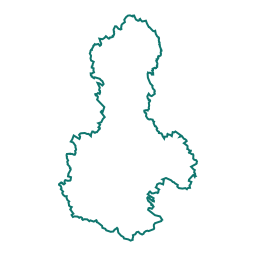 Carrickmacross-Castleblayney Lea-6, Monaghan, Ireland (Albers equal-area conic projection)
{"feature_id": "5873133B57447435904726", "entity_name": "Carrickmacross-Castleblayney Lea-6", "entity_type": "district", "adm_level": 2, "iso_a3": "IRL", "parent_name": "Ireland", "parent_adm1": "Monaghan", "projection": "albers", "projection_center": [-6.701, 54.051], "detail": "fine", "context": "isolated", "style": "outline", "palette": "teal", "viewbox_px": 256, "rotation_deg": 0, "n_neighbors": 0, "source": "geoboundaries", "source_scale": "gbopen_adm2", "svg_char_len": 5777}
<svg xmlns="http://www.w3.org/2000/svg" viewBox="0 0 256 256"><path d="M61.2,182.4L59.1,184.1L59.0,184.8L60.9,186.2L61.5,188.2L60.8,189.1L63.1,191.6L62.3,192.7L62.3,193.3L63.3,195.0L64.9,196.3L66.7,196.2L66.5,197.8L67.4,200.0L69.2,201.5L68.5,202.4L69.0,204.8L69.0,205.5L69.7,206.3L71.7,207.1L70.7,208.5L70.8,209.0L70.3,209.5L73.4,213.7L71.6,215.0L72.9,217.0L74.4,216.4L77.7,216.6L79.2,217.8L80.0,217.2L81.2,217.3L82.1,218.0L82.4,218.9L82.2,219.3L82.8,219.9L84.5,219.2L87.3,219.4L89.3,221.2L90.4,220.4L93.8,221.6L96.3,220.2L96.7,220.6L96.8,222.2L97.8,222.5L102.1,225.9L102.4,227.8L105.3,228.8L106.2,230.3L110.7,231.8L113.3,231.5L114.7,229.5L115.4,229.3L117.0,227.9L117.6,228.5L118.3,232.6L121.1,235.7L123.4,237.0L124.0,238.5L128.4,239.4L130.6,240.6L132.7,239.8L132.6,238.5L133.2,236.7L132.9,235.2L135.3,234.3L136.6,232.2L138.4,231.8L139.7,233.3L142.1,234.5L143.5,233.8L144.2,232.4L145.9,231.1L147.4,230.7L148.6,231.1L153.8,229.1L154.2,228.1L153.8,226.0L153.9,224.7L155.0,223.2L161.3,221.1L161.5,220.2L162.2,219.8L160.0,216.4L155.0,215.2L148.1,209.8L148.6,208.2L149.7,208.0L151.9,208.8L152.4,208.4L152.7,207.4L153.6,206.7L152.5,204.8L151.9,205.2L151.2,204.9L151.2,203.4L148.2,200.9L147.2,198.0L147.8,197.2L148.3,197.4L149.7,198.3L150.2,199.5L151.0,199.7L152.6,201.1L153.9,201.4L153.9,200.7L153.1,199.6L153.6,198.2L149.7,195.9L147.7,194.2L148.6,193.4L149.3,192.0L150.0,191.5L151.7,193.3L153.6,193.3L155.9,192.5L156.9,192.5L157.4,193.0L158.2,192.6L158.6,190.0L159.1,189.5L155.8,187.4L156.5,186.4L157.1,184.4L159.0,183.4L160.1,183.3L163.1,184.4L163.8,180.2L162.5,179.4L166.0,178.0L171.1,180.3L172.8,182.0L174.1,182.3L174.8,183.2L177.8,185.0L177.3,186.6L178.9,188.1L182.5,188.6L185.3,188.1L186.9,189.2L187.4,188.4L188.4,187.9L190.0,187.8L189.5,185.4L190.5,184.3L191.4,181.9L188.8,180.9L189.0,179.6L193.1,175.1L193.6,175.0L194.7,176.7L194.9,176.1L195.6,176.0L194.9,175.0L195.2,174.2L195.0,173.4L194.2,172.6L194.4,171.0L194.8,170.1L193.5,169.3L191.1,166.7L196.4,163.8L196.7,163.3L196.6,162.5L197.0,161.5L196.2,160.2L194.3,159.8L193.2,158.6L193.4,155.2L193.1,154.3L191.7,154.1L189.4,152.7L188.3,152.9L190.7,151.2L190.8,150.7L189.4,150.6L188.2,149.2L187.3,149.0L187.6,146.8L187.4,145.8L183.9,143.2L186.7,141.1L186.4,140.3L185.3,139.3L183.8,138.7L181.9,136.1L179.9,136.7L180.9,135.4L175.4,131.5L174.2,132.4L172.7,132.1L171.8,136.1L170.1,134.8L168.4,134.6L167.6,133.9L167.3,134.2L167.5,134.9L167.0,136.6L164.4,136.7L164.1,137.3L164.4,137.7L164.2,138.5L162.6,136.1L162.1,134.4L161.4,133.4L158.9,133.0L158.9,131.7L157.6,131.1L156.7,129.7L156.6,129.2L157.2,128.4L155.7,126.2L154.9,126.2L153.6,123.1L154.1,121.7L153.2,121.4L152.7,119.7L150.2,119.2L149.2,119.5L147.7,118.7L146.0,116.1L146.3,114.5L146.2,113.5L145.5,112.7L144.8,112.6L144.3,111.5L144.3,110.6L146.2,110.1L147.7,110.5L147.8,109.9L148.8,109.3L149.0,108.7L148.7,107.7L149.2,105.4L148.8,102.9L150.1,101.0L150.1,100.5L149.7,99.9L148.7,100.1L148.5,99.0L147.8,98.5L147.3,96.4L148.7,93.7L150.2,95.6L151.7,96.1L154.8,93.8L154.3,92.1L154.8,91.4L154.6,90.3L153.0,88.7L152.4,87.4L152.3,86.5L152.6,85.8L150.3,83.5L147.9,77.7L147.6,73.8L148.0,72.7L148.3,73.0L149.8,72.7L150.9,73.0L151.8,74.6L153.2,74.6L153.1,72.7L152.1,70.5L153.0,70.2L153.1,69.5L152.7,68.7L154.6,67.8L155.4,68.3L156.1,68.1L156.2,67.6L157.1,67.0L156.9,66.0L157.2,65.8L156.9,65.3L157.4,64.2L157.4,63.3L156.6,61.7L156.9,60.9L156.5,60.7L156.9,60.3L156.6,60.0L156.8,59.6L156.7,59.2L157.8,59.0L158.3,58.2L157.9,57.1L158.4,56.1L159.1,56.4L160.7,55.4L161.0,53.8L160.6,52.8L160.9,51.7L160.9,50.7L161.5,50.6L161.3,49.8L160.9,49.8L160.8,48.7L159.8,46.2L159.9,45.6L159.3,44.6L159.7,44.3L159.4,43.3L159.6,42.9L159.1,42.2L159.3,42.0L158.8,40.7L158.9,39.4L158.6,38.1L158.9,38.1L158.8,37.5L157.2,36.4L155.8,33.9L155.2,30.8L154.2,31.3L152.9,30.9L149.4,27.1L148.8,27.1L146.9,23.4L145.9,20.7L142.2,21.5L140.6,19.9L140.1,18.9L139.5,19.3L139.2,20.4L138.1,20.8L135.9,19.5L134.1,15.5L132.8,15.7L132.6,16.4L130.0,15.4L128.0,15.6L126.1,17.1L124.3,19.7L124.9,22.1L122.3,24.0L121.4,25.3L121.4,26.6L121.1,27.2L121.3,28.4L121.1,28.7L121.3,29.1L120.6,29.5L118.5,28.8L116.4,26.4L115.1,26.3L113.6,29.5L113.7,30.7L114.1,31.4L113.8,32.0L114.2,33.2L114.0,34.8L112.7,35.8L113.1,36.6L111.7,37.3L109.9,37.5L109.4,38.5L108.6,38.6L105.9,36.2L104.5,37.9L102.5,39.2L99.4,38.7L100.0,40.2L100.2,41.4L101.2,43.5L101.0,44.9L99.9,45.8L98.4,44.0L95.4,44.6L94.8,44.1L93.5,45.6L93.7,45.8L91.8,49.2L91.9,49.8L91.1,49.8L90.4,51.1L90.5,51.8L89.8,53.5L91.0,55.6L90.9,57.0L90.5,58.2L91.1,60.5L93.7,61.8L92.7,64.2L92.5,65.8L91.8,66.3L91.7,67.6L93.6,68.3L93.4,70.3L94.0,72.3L93.2,72.5L92.3,73.4L90.7,73.4L90.9,75.4L91.8,76.2L91.8,76.7L92.6,76.8L92.9,77.5L94.1,78.3L94.8,77.3L99.8,78.8L100.8,80.0L102.4,81.2L103.6,84.0L102.4,85.5L99.5,83.4L97.5,82.9L99.8,87.7L99.1,89.9L99.5,90.7L100.0,90.9L100.1,92.6L99.6,93.9L98.0,93.0L96.9,94.0L95.3,94.1L95.3,94.6L95.9,95.5L97.1,95.8L97.9,96.8L97.6,98.4L97.1,99.6L104.3,107.1L102.7,111.8L101.6,111.0L100.8,112.0L104.7,117.1L102.8,119.1L101.3,122.2L98.3,123.2L100.1,124.7L99.1,126.5L98.4,127.3L99.1,128.0L99.9,128.2L99.6,129.2L98.6,129.9L97.0,132.1L96.1,132.1L95.0,132.8L94.4,132.7L93.6,131.7L92.3,131.5L91.1,134.0L90.9,136.1L88.6,133.9L87.1,134.0L84.8,133.0L80.9,133.3L80.1,133.7L79.1,134.9L80.1,136.6L79.8,138.3L79.4,139.0L73.7,135.5L72.2,139.5L70.8,141.6L73.2,142.5L75.5,145.8L75.4,147.1L76.1,149.4L76.0,149.9L75.1,150.9L75.6,152.5L75.2,153.3L75.4,153.5L74.9,154.7L74.1,154.8L72.1,153.9L70.3,154.0L70.2,153.7L66.9,154.0L66.6,154.8L66.6,156.0L67.0,156.7L66.8,157.9L68.1,160.6L67.3,161.5L67.4,162.6L67.8,163.4L67.6,164.4L69.6,166.5L69.9,168.2L70.5,168.2L70.7,169.6L68.4,173.8L68.4,175.8L68.1,175.7L68.0,176.4L71.0,177.2L70.6,180.0L70.1,180.6L67.8,180.8L65.3,180.1L64.6,181.2L64.5,182.6L65.0,183.4L63.8,184.4L61.4,183.0L61.7,182.6L61.2,182.4Z" fill="none" stroke="#0f766e" stroke-width="2"/></svg>